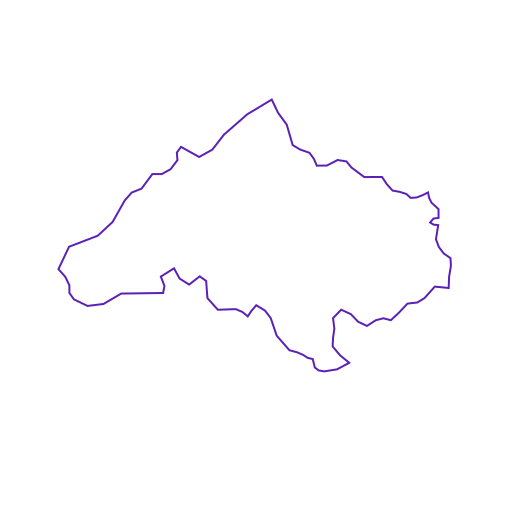 Sliven, Equal Earth projection, rotated 66°
{"feature_id": "BGR-2231", "entity_name": "Sliven", "entity_type": "Province", "adm_level": 1, "iso_a3": "BGR", "parent_name": "Bulgaria", "parent_adm1": "", "projection": "equal_earth", "projection_center": [26.271, 42.597], "detail": "fine", "context": "isolated", "style": "outline", "palette": "violet", "viewbox_px": 512, "rotation_deg": 66, "n_neighbors": 0, "source": "natural_earth", "source_scale": "10m", "svg_char_len": 1428}
<svg xmlns="http://www.w3.org/2000/svg" viewBox="0 0 512 512"><g transform="rotate(66 256 256)"><path d="M187.6,441.8L171.5,423.0L173.1,392.3L166.6,373.2L151.8,353.2L147.5,343.7L147.9,333.2L139.0,317.3L142.8,308.9L142.0,298.8L136.5,288.8L129.3,286.2L125.8,280.1L142.4,267.7L141.1,252.7L132.1,235.9L123.0,206.4L119.5,178.0L134.1,177.6L148.6,174.5L169.6,177.4L176.7,172.4L183.4,165.2L190.8,163.6L198.2,163.7L202.2,154.4L201.5,142.4L206.4,134.9L214.0,132.8L227.9,125.0L235.1,108.7L243.6,107.3L251.8,104.6L255.8,98.7L260.5,93.4L265.8,91.1L267.9,85.4L268.2,79.0L267.9,73.0L273.4,74.2L278.7,74.0L287.4,70.2L295.4,73.7L294.0,78.6L296.2,83.3L299.5,81.1L301.9,77.0L313.9,84.8L322.1,85.3L330.0,83.5L337.1,79.2L344.2,81.9L353.6,88.1L363.6,93.0L356.7,105.1L363.0,119.2L364.1,127.5L361.1,137.0L365.8,148.2L369.5,158.9L364.7,165.0L363.4,172.7L365.0,183.1L357.7,189.4L347.7,193.0L339.7,200.0L344.1,210.9L354.3,214.0L362.1,218.9L369.8,222.8L380.9,219.6L391.5,214.3L392.5,228.1L389.2,240.5L386.0,245.3L381.8,247.6L373.2,246.1L370.1,250.2L365.6,253.1L360.6,257.7L355.7,263.8L337.2,269.5L318.7,267.8L309.5,270.0L301.1,275.8L304.3,282.5L307.8,288.1L301.7,291.1L296.3,296.1L289.6,312.7L274.7,317.5L258.5,311.7L251.7,315.7L254.9,328.7L245.5,335.0L233.9,335.9L236.1,351.3L246.1,351.8L252.0,355.9L235.5,394.4L237.8,414.8L233.1,430.2L221.5,440.0L213.9,441.5L206.8,438.4L197.5,438.7L187.6,441.8Z" fill="none" stroke="#5b21b6" stroke-width="2"/></g></svg>